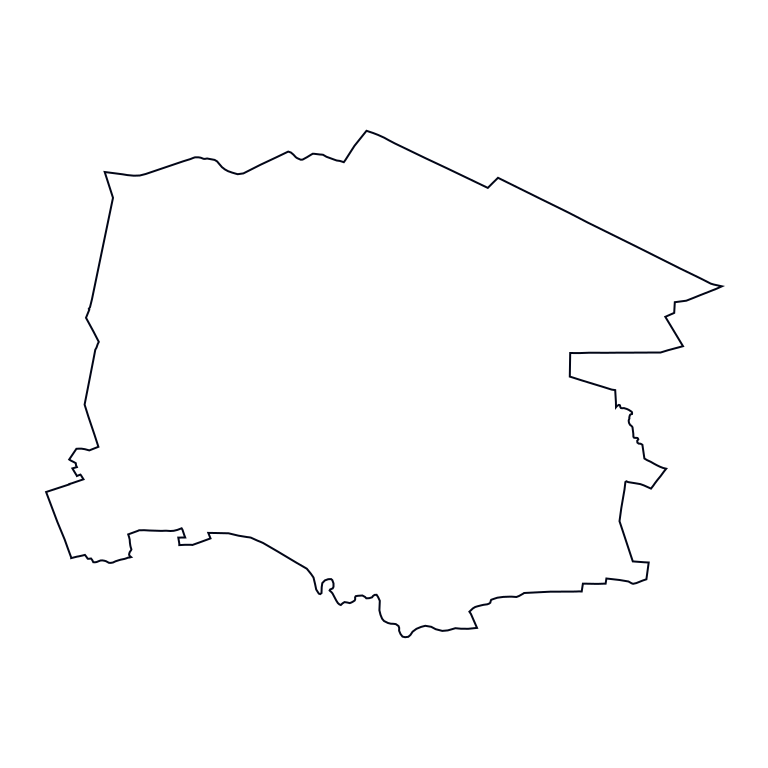 the district of Radauti, Suceava, Romania
{"feature_id": "2599482B49220638181653", "entity_name": "Radauti", "entity_type": "district", "adm_level": 2, "iso_a3": "ROU", "parent_name": "Romania", "parent_adm1": "Suceava", "projection": "equal_earth", "projection_center": [25.93, 47.847], "detail": "fine", "context": "isolated", "style": "outline", "palette": "ink", "viewbox_px": 768, "rotation_deg": 0, "n_neighbors": 0, "source": "geoboundaries", "source_scale": "gbopen_adm2", "svg_char_len": 5284}
<svg xmlns="http://www.w3.org/2000/svg" viewBox="0 0 768 768"><path d="M646.4,579.3L648.7,562.5L644.7,562.3L632.8,561.4L630.5,554.5L622.4,529.9L619.5,521.2L621.3,508.1L624.5,489.5L625.4,482.0L626.4,481.3L628.1,482.1L635.0,483.2L640.3,484.1L643.9,485.4L651.0,488.6L653.4,485.5L654.9,483.3L657.4,480.0L660.6,476.1L663.9,471.6L666.2,468.7L663.2,468.0L659.9,466.7L657.0,465.3L654.0,463.7L650.7,461.8L647.0,460.1L644.4,458.5L642.4,444.8L641.3,444.1L640.4,443.7L638.7,443.6L637.4,442.6L637.3,441.7L637.2,440.8L637.7,440.1L638.3,439.4L637.9,438.4L637.4,438.0L636.7,437.9L634.2,437.8L633.8,437.3L633.4,436.8L633.3,433.7L632.9,430.5L632.5,427.3L632.1,426.6L631.1,425.6L630.1,424.9L629.1,423.1L628.8,421.8L628.7,420.5L629.0,419.4L629.4,418.6L629.3,417.4L629.7,415.7L630.2,414.7L631.1,414.2L632.0,414.0L632.1,413.1L632.0,412.5L631.7,411.8L630.5,411.0L628.8,409.9L626.9,409.0L624.6,408.3L624.0,408.1L622.4,408.2L621.9,408.2L620.9,408.0L620.3,407.0L620.0,405.6L619.7,405.1L618.8,404.9L616.8,406.2L616.0,407.2L615.9,401.9L615.2,390.1L611.7,389.6L601.8,386.5L594.2,384.2L581.8,380.4L572.7,377.5L569.8,376.6L570.2,353.0L578.9,353.1L590.1,352.7L605.4,352.8L615.6,352.7L621.0,352.7L660.6,352.5L668.1,350.2L683.0,346.2L665.3,316.8L674.2,312.9L674.8,302.2L686.3,300.7L693.2,298.0L700.1,295.2L716.6,288.7L717.5,288.3L721.9,286.3L713.6,284.5L710.7,283.6L701.1,278.7L679.5,268.2L637.0,246.9L588.0,222.7L568.5,212.6L539.0,198.1L498.0,177.8L493.1,182.6L487.8,187.9L466.4,177.6L447.0,168.3L425.5,158.2L394.8,143.4L388.7,140.2L384.2,137.7L378.0,134.9L373.1,133.0L366.8,130.9L366.5,130.8L354.5,145.8L351.4,150.6L345.4,160.0L343.8,162.2L341.4,161.4L339.7,160.9L338.2,160.7L336.7,160.5L333.6,159.4L332.0,158.8L326.5,156.8L323.4,155.0L323.1,154.8L321.7,154.6L319.9,154.5L317.5,154.2L314.2,153.8L313.6,153.8L312.9,153.7L311.4,154.5L307.0,157.2L302.6,159.6L300.7,159.7L298.2,158.6L297.1,158.1L295.8,157.2L293.4,154.6L290.9,152.5L288.2,151.6L277.4,156.8L260.4,164.8L243.4,173.4L237.7,174.2L235.5,173.6L231.8,172.5L230.2,171.9L228.1,171.2L224.7,169.3L223.5,168.3L222.0,167.2L221.0,166.0L219.1,163.8L217.1,161.4L214.6,159.9L207.1,158.5L204.9,158.9L203.5,158.8L200.7,157.7L198.3,157.3L195.1,157.3L193.3,157.9L190.3,159.1L186.4,160.3L183.2,161.3L176.1,163.7L145.7,174.0L139.8,175.5L133.9,175.7L127.5,175.1L122.6,174.3L104.7,172.0L113.0,197.8L102.5,248.4L92.0,299.1L90.0,307.2L88.8,308.9L89.3,309.7L86.0,317.8L93.6,331.8L98.8,341.9L97.7,344.1L96.5,347.6L95.3,349.7L93.3,360.2L87.9,387.8L84.6,404.6L88.4,416.7L94.5,434.8L98.4,446.8L89.3,450.4L84.9,449.2L81.7,448.7L78.3,448.7L76.4,448.8L69.2,459.5L70.1,460.1L71.1,460.7L72.5,461.4L73.9,462.1L75.8,463.2L76.0,465.3L76.9,467.1L72.4,468.4L74.6,472.1L76.8,475.7L76.9,476.0L80.1,474.7L80.4,474.6L81.0,475.3L83.5,479.3L76.7,481.6L71.5,483.4L70.3,483.7L69.2,484.1L69.3,484.4L46.1,492.0L57.4,522.0L64.7,539.6L67.8,548.3L71.0,557.0L71.2,557.7L71.2,558.1L73.6,557.5L77.2,556.6L78.5,556.4L82.6,555.5L84.9,554.9L86.1,556.4L87.7,558.7L88.6,558.8L91.0,558.5L92.2,560.0L93.3,562.2L94.9,562.3L96.7,562.0L98.9,561.1L100.5,560.5L102.3,560.4L104.2,560.7L106.0,561.2L107.8,562.2L108.9,562.8L110.7,562.9L113.0,562.5L115.5,561.3L118.6,560.3L120.6,559.7L124.5,558.9L126.7,558.2L127.8,557.7L129.6,557.5L131.1,557.1L130.5,556.6L129.5,555.7L129.1,554.7L129.3,553.4L129.8,552.0L131.0,550.3L131.4,549.5L131.2,548.7L130.7,547.2L130.3,545.4L129.9,542.6L129.7,539.6L129.0,536.8L128.2,534.4L131.7,533.1L138.0,530.8L139.0,530.3L144.2,530.2L149.3,530.5L155.7,530.7L161.4,530.9L165.9,530.7L170.4,531.0L173.7,530.8L177.4,529.9L181.6,528.3L182.5,529.8L184.3,535.2L185.2,537.5L178.3,537.6L179.3,543.5L179.3,545.1L185.0,544.8L191.2,544.8L192.3,545.0L200.7,542.0L210.5,538.4L208.3,532.9L215.2,533.0L228.6,533.3L232.3,534.2L238.6,535.7L247.3,537.1L249.1,537.3L250.8,537.6L257.4,540.6L260.4,541.8L263.1,543.0L277.7,551.5L297.1,563.1L306.8,568.7L311.0,573.9L313.5,577.5L315.1,584.2L316.2,589.5L318.8,593.6L320.2,594.1L321.5,593.1L321.7,587.1L322.0,585.2L322.3,583.1L324.9,580.4L328.2,579.2L331.1,579.1L332.3,580.1L333.5,583.4L333.5,586.8L332.7,588.4L330.1,589.5L329.6,590.5L331.4,592.1L332.5,593.4L336.3,600.6L337.9,603.1L339.4,604.4L340.8,605.0L342.5,603.4L344.5,602.1L347.2,602.5L349.8,603.1L351.6,602.4L353.2,601.5L354.7,600.5L355.2,599.2L355.1,597.3L355.7,596.2L357.9,595.8L362.4,595.5L365.1,597.0L366.3,598.3L369.1,598.2L372.1,597.3L373.0,596.0L374.6,594.9L376.6,594.8L378.1,597.1L379.8,600.8L379.4,610.3L380.5,614.8L382.1,618.7L384.0,621.0L388.0,623.0L390.8,623.7L393.4,623.8L395.8,624.1L398.5,626.0L399.2,627.9L399.1,630.7L400.5,634.0L402.5,636.6L405.1,637.2L408.3,636.8L410.4,635.0L412.6,631.7L415.4,629.6L416.5,628.8L421.1,626.9L425.3,625.8L431.2,626.8L435.7,629.2L442.3,630.9L447.8,630.4L452.0,629.2L455.4,628.2L460.7,628.7L468.2,628.8L477.0,627.9L470.9,613.9L469.4,611.7L471.1,610.1L472.9,608.4L475.2,607.0L477.5,606.3L481.0,605.4L483.6,604.8L487.3,604.3L489.1,603.6L490.3,602.7L490.7,601.0L491.2,599.8L494.0,598.8L497.4,597.7L503.4,596.9L508.7,596.7L512.2,596.7L516.4,597.0L519.0,596.0L523.1,593.7L524.1,593.0L550.0,591.7L566.2,591.6L572.5,591.6L576.7,591.5L579.0,591.4L581.7,591.5L582.9,583.7L587.2,583.7L597.3,583.9L603.1,583.7L604.3,583.7L605.6,583.7L606.4,578.5L619.6,580.0L628.5,581.5L631.6,583.3L633.1,583.8L636.3,583.1L642.8,580.5L646.4,579.3Z" fill="none" stroke="#020617" stroke-width="2"/></svg>